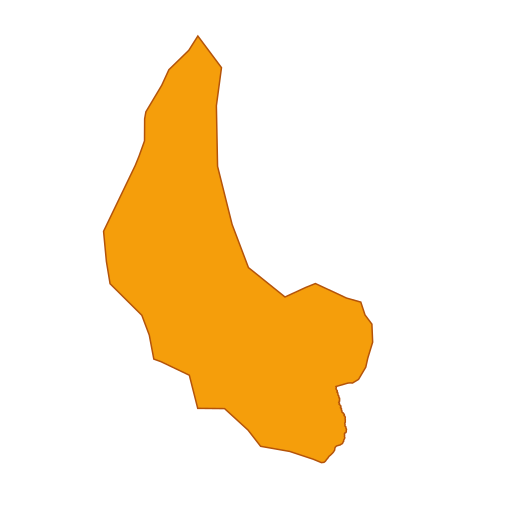 Zu'unbayan-Ulaan, Övörhangay, Mongolia (orthographic projection), rotated 209°
{"feature_id": "93677404B28761750991664", "entity_name": "Zu'unbayan-Ulaan", "entity_type": "district", "adm_level": 2, "iso_a3": "MNG", "parent_name": "Mongolia", "parent_adm1": "Övörhangay", "projection": "orthographic", "projection_center": [102.472, 46.426], "detail": "fine", "context": "isolated", "style": "filled", "palette": "amber", "viewbox_px": 512, "rotation_deg": 209, "n_neighbors": 0, "source": "geoboundaries", "source_scale": "gbopen_adm2", "svg_char_len": 2686}
<svg xmlns="http://www.w3.org/2000/svg" viewBox="0 0 512 512"><g transform="rotate(209 256 256)"><path d="M98.6,107.0L96.5,108.5L95.8,110.2L95.6,112.4L95.3,113.3L95.2,113.8L95.2,114.4L95.1,115.4L94.9,116.6L94.4,117.7L93.5,120.7L93.3,121.7L93.2,122.3L93.2,123.1L93.1,124.3L93.6,125.5L94.0,126.9L93.8,127.8L93.6,128.5L93.4,129.0L93.0,129.4L92.5,129.8L92.2,130.2L91.8,130.6L91.4,131.0L90.8,131.5L90.5,132.1L90.4,132.5L90.0,133.0L89.7,133.5L89.5,133.9L89.5,134.4L89.6,134.8L89.6,135.1L89.6,135.7L89.6,136.1L89.5,136.4L89.6,136.6L89.8,137.0L90.0,137.4L90.1,137.8L90.1,138.3L90.0,138.9L90.1,139.6L90.2,140.0L90.5,140.5L90.8,140.6L91.0,140.9L91.2,141.1L91.3,141.4L91.4,141.7L91.5,142.0L91.9,142.5L92.0,142.8L92.4,143.2L92.5,143.6L92.5,144.3L91.9,144.8L91.8,145.3L91.8,145.8L92.0,146.4L92.2,146.7L92.5,147.2L92.7,148.0L92.9,148.4L93.6,148.8L94.0,149.2L94.3,149.7L94.7,150.2L95.5,150.3L95.9,150.7L96.3,151.4L96.6,152.1L97.2,152.6L97.4,153.0L97.4,153.4L97.3,153.9L97.6,154.4L97.9,155.0L98.2,155.4L98.4,156.0L98.8,156.4L99.1,156.8L99.3,157.1L99.5,157.8L100.0,158.5L100.7,159.0L101.1,159.0L101.4,159.0L101.7,159.2L101.7,159.8L101.9,160.2L102.5,160.5L102.8,160.5L103.1,160.5L103.3,160.8L103.5,161.0L104.0,161.0L104.8,161.0L105.1,161.2L105.4,161.5L105.5,161.9L105.7,162.2L105.9,162.2L106.2,162.2L106.4,162.5L106.5,162.8L106.7,163.0L107.0,163.1L107.0,163.4L107.1,163.7L107.3,164.0L107.6,164.2L108.0,164.1L108.4,164.1L108.5,164.3L108.7,164.5L108.8,164.7L108.6,165.0L108.9,165.7L109.1,166.0L109.6,166.0L109.9,166.2L110.4,166.5L111.0,166.5L111.4,166.6L111.5,166.8L111.5,167.5L111.7,167.8L112.0,167.9L112.3,167.9L112.6,168.0L112.6,168.3L112.7,168.9L112.6,169.3L112.5,169.7L112.6,169.9L113.0,170.0L113.2,170.6L113.3,171.1L113.5,171.4L113.7,171.5L113.9,171.7L113.9,172.1L114.0,172.2L114.3,172.3L114.7,172.3L114.9,172.6L115.3,172.9L115.6,173.6L116.0,173.9L116.4,174.0L116.8,174.1L116.9,174.3L117.2,174.7L118.2,176.0L118.4,176.2L119.0,176.1L119.3,176.3L119.2,176.6L119.3,177.0L119.5,177.4L119.9,177.7L120.5,177.9L120.8,178.1L121.2,178.3L121.7,178.6L121.8,179.0L121.8,179.6L122.1,180.0L122.8,180.6L116.6,186.8L115.0,188.4L114.0,189.4L112.1,190.7L110.0,191.7L106.5,197.8L106.1,212.0L108.7,220.8L112.2,237.2L121.6,252.6L132.1,257.3L142.0,266.5L156.4,263.1L190.7,260.7L197.2,252.7L210.8,234.2L257.0,242.2L292.2,272.0L333.1,315.8L363.5,368.2L377.5,404.0L413.5,420.2L414.5,403.3L422.5,376.7L421.2,359.7L422.2,328.7L419.9,322.0L409.3,302.6L406.7,286.6L405.5,276.7L403.9,249.1L401.3,203.7L384.2,178.7L370.2,161.0L327.1,148.8L311.0,135.1L295.4,116.3L288.0,117.5L256.5,119.4L233.1,94.5L209.5,107.3L178.6,99.9L159.7,91.8L131.8,101.4L107.4,106.0L98.6,107.0Z" fill="#f59e0b" stroke="#b45309" stroke-width="1.5"/></g></svg>